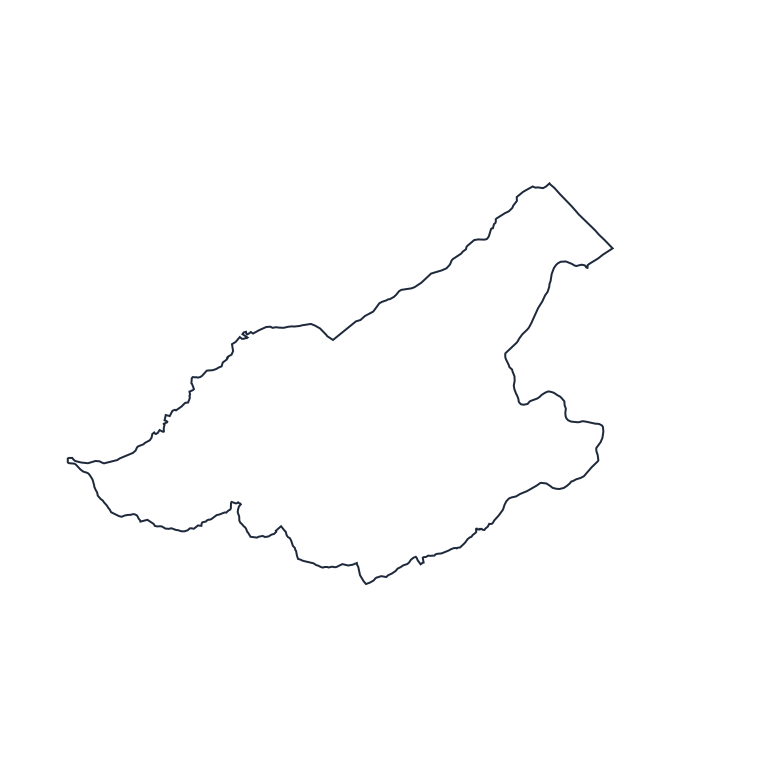 Lunca De Sus, Harghita, Romania, rotated 304°
{"feature_id": "2599482B22332008821667", "entity_name": "Lunca De Sus", "entity_type": "district", "adm_level": 2, "iso_a3": "ROU", "parent_name": "Romania", "parent_adm1": "Harghita", "projection": "orthographic", "projection_center": [25.973, 46.514], "detail": "fine", "context": "isolated", "style": "outline", "palette": "slate", "viewbox_px": 768, "rotation_deg": 304, "n_neighbors": 0, "source": "geoboundaries", "source_scale": "gbopen_adm2", "svg_char_len": 6166}
<svg xmlns="http://www.w3.org/2000/svg" viewBox="0 0 768 768"><g transform="rotate(304 384 384)"><path d="M446.5,598.3L448.1,596.8L449.6,595.8L456.9,596.1L461.5,595.2L467.2,592.5L470.9,589.4L471.5,587.9L471.2,585.0L470.4,583.2L469.4,581.7L465.7,572.4L464.2,569.4L461.4,567.0L460.5,565.8L457.4,560.0L456.9,556.9L457.5,554.5L458.9,552.5L461.7,550.3L465.2,548.6L467.4,545.6L470.5,543.2L471.6,539.3L472.0,537.3L471.7,533.6L471.7,529.7L470.9,527.0L470.0,524.8L469.1,523.9L467.0,522.5L462.9,520.7L460.5,520.3L457.7,519.2L451.9,515.0L450.8,514.5L447.8,514.2L445.0,511.5L443.8,509.0L444.1,507.1L444.8,505.5L446.9,503.6L449.0,500.6L449.7,499.1L452.7,494.9L455.2,492.5L459.6,490.6L463.3,487.9L466.3,483.5L467.6,482.1L468.1,478.6L469.4,477.0L472.8,471.1L474.0,469.6L476.7,467.7L477.5,467.5L493.0,471.0L497.7,470.7L502.6,470.9L508.9,472.3L511.7,472.6L516.7,472.1L533.3,469.3L540.7,469.1L547.5,468.0L551.9,468.1L556.8,466.7L559.7,465.2L562.3,464.6L569.0,461.5L575.2,460.0L579.0,460.1L581.2,460.6L584.1,462.1L587.3,466.3L588.6,472.4L588.8,475.8L589.3,477.4L593.4,481.1L594.6,484.0L594.4,485.2L593.8,486.3L593.9,487.6L594.1,487.8L596.3,486.4L598.4,487.0L607.8,491.3L613.5,493.1L624.3,497.7L626.8,485.8L628.0,478.6L629.5,472.9L633.5,450.6L636.1,441.0L639.8,423.7L641.9,415.3L642.4,410.4L642.9,409.0L638.3,407.9L635.3,406.3L633.1,401.7L631.4,399.6L630.9,396.8L621.2,391.9L613.2,389.5L610.1,391.8L604.2,391.4L602.1,391.9L600.6,391.7L596.9,390.9L593.2,388.7L584.4,384.8L583.1,384.5L581.5,385.7L579.9,386.3L578.0,385.8L574.0,387.2L573.1,386.2L572.3,386.1L566.2,388.0L564.6,388.4L562.1,388.3L561.0,387.7L559.7,386.3L556.5,381.2L553.8,378.3L545.0,375.8L543.6,375.8L541.6,376.6L537.8,375.3L535.1,375.0L526.0,371.2L524.2,371.0L519.9,371.9L514.8,371.1L510.3,368.2L501.9,361.3L488.8,358.3L481.4,355.2L478.8,353.4L471.7,345.7L469.4,344.6L464.8,344.2L461.7,343.5L457.6,341.4L456.5,340.1L454.7,339.2L451.0,336.4L448.3,335.0L438.1,334.6L429.8,330.2L423.9,328.7L420.2,325.7L392.0,317.1L391.9,310.2L392.5,308.5L394.3,299.9L393.8,293.9L392.9,289.8L386.7,283.1L385.0,281.7L381.4,277.4L380.2,275.3L377.9,272.6L374.3,269.2L371.5,264.5L371.0,263.1L368.2,260.1L368.0,257.8L365.4,254.5L359.0,250.5L352.6,247.2L352.6,244.5L350.8,244.0L348.5,242.8L348.7,241.8L350.1,240.4L348.2,238.8L346.2,238.8L346.2,244.9L345.3,244.6L344.4,243.4L342.9,242.3L342.0,240.9L342.3,238.2L335.9,237.5L332.0,235.7L326.9,240.5L323.1,241.2L319.3,239.3L318.5,239.3L318.4,239.7L317.6,239.5L317.5,239.9L316.2,239.9L311.7,238.3L307.8,239.5L305.5,237.9L302.4,236.4L299.7,234.3L296.0,229.6L289.0,228.6L286.9,227.7L285.2,226.1L284.7,224.6L284.1,224.0L282.8,221.6L281.3,221.4L276.8,224.0L276.7,224.8L273.5,229.3L272.1,229.0L268.9,227.0L266.7,229.2L265.4,229.3L264.0,230.8L259.3,231.9L259.0,231.9L257.8,230.3L256.8,229.6L252.3,228.8L245.8,226.3L245.7,225.1L243.5,223.6L237.6,224.3L236.2,220.4L231.2,222.4L231.6,223.8L231.6,225.4L230.9,225.6L227.2,223.2L228.1,224.6L224.2,226.1L221.5,228.1L220.8,227.5L220.3,223.7L217.0,223.8L215.0,222.9L214.9,221.8L215.3,220.6L213.0,219.9L209.6,221.3L206.4,221.3L201.2,218.6L199.7,218.4L194.7,215.0L193.3,214.7L189.9,215.3L186.5,214.4L174.5,206.5L171.8,205.4L161.6,196.2L161.0,193.4L160.9,191.6L158.9,187.9L152.8,182.9L149.6,176.9L147.5,171.1L147.8,168.4L148.4,166.9L146.6,164.2L145.4,163.5L142.3,165.6L142.1,166.2L142.3,167.3L144.8,171.8L144.9,172.5L144.9,173.5L143.4,180.1L143.2,183.3L143.3,184.0L144.3,187.2L144.5,189.1L143.7,191.6L141.8,195.8L137.9,200.4L136.8,201.3L134.7,204.6L133.7,206.8L131.4,209.1L130.2,213.5L130.1,216.1L129.4,217.7L128.3,222.1L126.9,225.3L126.7,226.4L125.1,229.5L126.3,238.3L127.3,240.8L130.1,242.7L132.2,244.8L133.8,247.1L135.5,248.4L136.5,249.9L136.9,252.5L136.1,254.4L135.2,255.8L134.5,258.2L133.7,259.0L139.1,263.8L139.2,271.1L138.2,273.6L139.4,276.1L140.6,277.5L141.7,279.5L141.9,283.6L143.6,286.6L145.5,288.4L146.7,293.2L147.7,295.2L148.6,298.4L150.3,301.0L152.9,303.0L155.8,303.8L156.6,304.9L157.7,307.3L162.7,308.9L164.3,311.9L166.5,310.8L167.8,310.8L170.6,313.4L172.0,313.5L173.5,314.5L174.2,315.6L175.7,316.5L181.8,318.6L183.6,320.4L188.4,323.7L189.1,325.1L192.1,325.8L193.8,326.7L195.2,326.6L199.8,323.7L201.0,323.6L202.2,328.1L203.2,328.9L204.3,329.2L204.2,330.7L204.5,331.4L204.2,332.6L201.4,332.2L198.0,333.3L195.9,334.4L193.1,338.1L189.8,340.5L188.7,342.4L188.3,344.9L187.6,347.3L187.5,349.1L186.8,350.7L185.0,353.2L184.7,354.5L182.7,358.8L185.7,364.7L187.1,365.3L190.2,368.4L190.6,370.9L192.9,373.4L196.4,375.1L198.2,376.7L201.2,377.3L201.8,376.4L208.5,378.2L206.7,384.0L206.6,385.1L204.1,388.0L203.4,389.9L203.5,392.4L201.9,395.1L198.9,398.9L198.2,401.8L196.8,403.3L196.4,404.5L193.1,407.7L190.9,410.6L191.8,413.2L191.8,414.5L192.5,416.8L195.9,425.7L196.0,429.1L196.7,431.5L196.8,432.9L197.4,435.5L197.7,436.1L198.9,436.9L200.7,439.5L200.9,440.7L203.0,442.6L203.9,443.8L204.2,445.0L205.5,446.8L211.4,450.2L213.5,455.8L216.7,459.1L220.4,461.6L219.0,462.9L218.1,464.8L212.1,471.0L209.1,477.4L208.1,480.9L211.7,483.5L215.4,485.3L218.3,485.6L220.0,486.5L220.8,487.5L222.1,488.2L223.4,489.6L225.2,493.8L227.8,494.4L231.3,496.5L235.4,498.2L238.5,498.5L241.5,500.2L244.5,501.4L247.8,504.0L250.1,504.6L253.3,504.6L256.5,505.6L258.5,507.0L258.1,508.4L256.7,510.5L255.0,515.2L257.4,516.0L258.1,516.7L261.6,513.3L262.5,513.6L264.2,515.6L266.4,516.6L267.3,518.3L270.0,521.8L271.6,522.0L273.0,523.1L275.7,526.4L282.2,530.8L284.3,531.8L286.8,533.5L288.4,535.5L288.4,536.2L289.5,536.7L291.1,538.5L297.5,539.9L302.2,540.1L304.8,540.9L306.1,541.9L308.5,542.0L311.8,543.1L312.9,543.2L315.2,541.4L315.6,541.4L315.9,541.8L315.4,542.0L316.2,543.7L317.2,544.1L317.5,544.5L317.1,544.8L318.5,546.0L318.3,546.9L318.5,547.7L319.1,548.8L320.7,548.9L323.9,549.8L326.9,549.4L327.6,550.8L328.7,551.7L329.9,551.9L332.6,551.7L338.9,552.6L345.6,552.9L347.2,552.7L351.2,551.5L355.2,551.0L358.9,551.6L361.1,553.0L364.7,556.4L368.9,558.3L375.2,562.5L385.2,567.4L389.2,568.9L389.9,569.5L392.4,574.4L392.4,579.8L392.2,581.0L392.3,582.2L393.4,585.2L395.0,588.1L398.5,591.3L399.7,591.6L400.9,592.3L405.3,593.6L407.9,593.8L409.2,594.9L412.6,596.7L416.0,599.5L419.3,601.3L431.1,602.7L439.6,604.5L440.6,604.4L441.4,603.7L444.7,600.8L446.5,598.3Z" fill="none" stroke="#1e293b" stroke-width="2"/></g></svg>